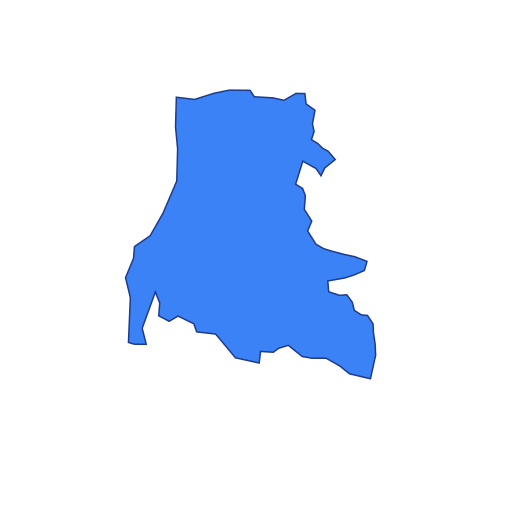 Pentageia, Cyprus (Robinson projection), rotated 314°
{"feature_id": "46923920B34029116615265", "entity_name": "Pentageia", "entity_type": "district", "adm_level": 2, "iso_a3": "CYP", "parent_name": "Cyprus", "parent_adm1": "", "projection": "robinson", "projection_center": [32.885, 35.147], "detail": "fine", "context": "isolated", "style": "filled", "palette": "blue", "viewbox_px": 512, "rotation_deg": 314, "n_neighbors": 0, "source": "geoboundaries", "source_scale": "gbopen_adm2", "svg_char_len": 1202}
<svg xmlns="http://www.w3.org/2000/svg" viewBox="0 0 512 512"><g transform="rotate(314 256 256)"><path d="M198.8,335.3L205.4,336.4L214.2,341.3L215.8,359.1L221.3,367.2L231.2,377.5L235.1,392.7L236.2,405.2L247.2,423.6L256.0,418.2L267.6,411.1L275.3,403.0L282.4,393.8L288.5,387.3L290.7,377.5L286.8,372.7L285.2,364.5L289.6,357.5L291.2,348.3L285.7,343.4L280.8,333.1L287.9,325.0L302.2,335.3L311.6,340.2L320.9,344.0L329.2,339.6L324.2,327.7L318.2,318.0L312.1,307.1L308.3,299.6L306.1,290.9L309.9,275.7L319.8,271.9L323.1,258.4L333.6,249.7L336.9,242.7L335.2,234.6L356.7,223.8L360.6,238.4L358.9,247.0L367.2,244.3L380.4,246.0L381.5,235.1L379.8,229.2L379.8,222.1L378.2,215.1L385.9,211.3L390.3,204.8L401.8,197.2L400.2,186.4L406.8,178.3L400.7,171.8L387.5,168.0L381.5,158.3L369.4,144.2L371.0,136.6L356.7,121.5L344.0,112.8L325.9,103.0L314.9,88.4L292.9,108.5L278.6,125.2L254.9,146.9L222.4,159.3L197.1,165.8L178.4,162.0L169.1,169.6L149.8,177.2L138.8,194.5L105.2,224.3L108.0,229.7L116.2,238.4L125.0,224.3L160.2,208.6L155.3,219.4L145.4,227.6L148.7,238.9L158.6,241.6L164.1,258.4L160.2,266.0L171.8,281.2L171.2,287.1L168.5,312.0L181.2,332.6L190.5,325.6L198.8,335.3Z" fill="#3b82f6" stroke="#1e3a8a" stroke-width="1.5"/></g></svg>